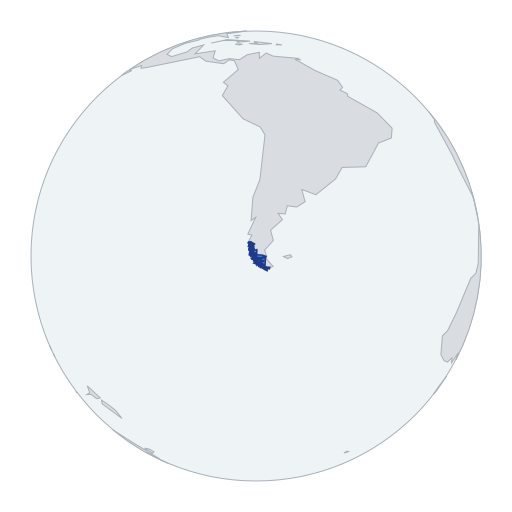 the Earth from above Magallanes y Antártica Chilena
{"feature_id": "CHL-2692", "entity_name": "Magallanes y Antártica Chilena", "entity_type": "Region", "adm_level": 1, "iso_a3": "CHL", "parent_name": "Chile", "parent_adm1": "", "projection": "orthographic", "projection_center": [-72.604, -52.278], "detail": "fine", "context": "on_globe", "style": "filled", "palette": "blue", "viewbox_px": 512, "rotation_deg": 0, "n_neighbors": 0, "source": "natural_earth", "source_scale": "10m", "svg_char_len": 9184}
<svg xmlns="http://www.w3.org/2000/svg" viewBox="0 0 512 512"><circle cx="256" cy="256" r="225" fill="#eef3f6" stroke="#a8b0b8"/><path d="M49.4,345.3L49.8,346.0L49.9,346.3L49.4,345.3ZM128.0,70.6L131.9,70.6L125.6,73.6L121.4,75.5L124.7,73.0L124.2,73.3L128.0,70.6ZM246.7,30.9L245.6,31.0L245.3,31.0L246.7,30.9ZM245.2,31.0L246.0,31.1L226.8,33.8L228.4,37.6L218.4,35.7L209.7,37.0L199.1,39.4L199.1,39.9L185.1,43.4L172.2,48.9L167.1,54.4L171.7,56.6L187.3,51.8L192.1,48.1L203.7,44.9L195.1,53.8L215.3,50.8L213.0,57.9L218.9,60.9L229.1,58.6L239.6,59.6L247.1,54.8L259.3,52.3L259.5,58.3L266.2,53.0L273.0,56.1L297.2,58.3L295.4,59.5L315.7,70.8L337.6,80.3L342.6,87.4L340.0,90.1L347.6,93.8L347.7,96.3L377.3,113.0L392.1,128.2L391.4,137.9L378.5,143.1L365.7,166.8L342.2,167.4L335.5,179.0L315.9,194.7L301.8,189.5L305.1,201.7L296.7,207.0L287.3,205.8L285.1,214.0L278.1,213.3L282.4,219.7L270.6,230.2L273.3,240.5L264.6,250.1L266.7,256.6L263.6,256.2L260.2,258.5L259.7,262.2L250.4,256.0L248.2,242.0L251.9,235.1L247.8,234.1L255.7,217.3L251.1,220.6L252.9,197.3L259.9,179.5L265.0,135.0L260.3,127.1L243.1,118.8L222.3,95.6L227.9,85.8L223.4,82.3L238.3,69.5L234.3,60.6L229.1,59.9L223.8,63.7L205.9,61.2L199.7,56.7L146.2,67.6L141.0,68.3L141.6,65.5L129.4,69.7L144.3,60.3L160.0,52.2L176.3,45.3L193.0,39.7L210.2,35.4L227.6,32.5L245.2,31.0ZM227.1,39.6L250.2,41.1L237.0,42.3L239.5,41.4L233.7,40.5L222.8,40.6L211.2,43.1L227.1,39.6ZM237.7,35.6L233.7,35.8L237.6,35.4L237.7,35.6ZM265.9,269.4L251.1,258.3L259.5,263.1L265.5,257.7L273.1,266.4L265.9,269.4ZM283.5,256.5L290.4,254.7L291.9,256.8L287.5,258.6L283.5,256.5ZM456.0,359.8L458.3,352.8L451.5,362.8L451.9,357.9L447.5,362.1L444.1,360.7L440.9,354.5L442.4,335.9L447.7,330.5L456.4,312.7L470.7,278.4L475.9,273.3L478.2,263.7L478.7,232.0L479.0,225.1L477.8,217.1L476.1,210.3L474.1,200.9L472.6,196.0L459.0,169.4L451.4,153.5L434.4,122.1L434.5,119.6L428.5,111.3L438.9,124.5L448.1,138.2L456.2,152.7L463.2,167.6L469.2,183.1L473.9,198.9L477.5,215.1L479.9,231.5L481.1,248.0L481.1,264.5L479.9,281.0L477.4,297.4L473.8,313.5L469.0,329.4L463.0,344.8L456.0,359.8ZM297.9,58.4L300.9,60.0L297.0,59.4L297.9,58.4ZM235.1,44.1L240.0,43.9L242.6,44.4L238.8,44.9L235.1,44.1ZM276.5,44.0L282.1,44.9L276.2,44.8L276.5,44.0ZM253.8,41.5L272.0,43.6L260.5,44.5L249.1,43.6L257.0,43.1L253.8,41.5ZM235.3,37.5L238.3,37.4L237.4,38.1L235.3,37.5ZM240.6,35.4L239.4,35.5L237.9,35.3L240.6,35.4ZM348.6,451.7L343.9,453.0L346.9,451.1L348.6,451.7ZM435.7,391.9L433.4,394.2L438.5,386.7L443.9,379.8L446.6,376.1L435.7,391.9ZM102.2,403.9L101.5,400.1L108.0,404.4L116.1,410.9L122.0,418.5L102.2,403.9ZM154.0,451.8L152.4,453.3L144.5,448.1L149.3,449.1L154.0,451.8ZM96.7,398.7L90.9,394.3L86.8,394.6L89.7,392.7L87.3,385.9L100.2,397.9L96.7,398.7ZM112.8,429.9L134.9,443.9L146.1,450.5L147.4,452.0L152.3,454.4L158.7,458.3L160.8,460.1L165.6,462.3L162.3,460.9L144.9,452.0L128.4,441.6L112.8,429.9ZM164.1,461.7L167.6,463.2L168.2,463.5L164.1,461.7ZM76.3,391.9L75.8,391.2L77.3,393.2L76.3,391.9ZM53.6,354.6L53.4,353.6L54.9,356.9L53.6,354.6ZM49.9,346.3L51.7,350.5L49.4,345.3L49.9,346.3Z" fill="#d9dde1" stroke="#a8b0b8" stroke-width="1"/><path d="M254.5,244.1L253.5,245.2L253.7,247.6L254.7,250.1L256.8,249.6L256.9,251.9L256.4,253.1L257.5,254.8L262.4,255.1L266.0,256.4L266.0,256.6L264.1,255.9L263.0,257.1L260.1,257.8L259.8,261.9L259.1,262.3L256.4,260.4L257.8,259.7L257.9,260.6L257.4,261.0L257.8,260.9L258.0,260.7L258.0,259.7L259.5,258.6L258.9,257.8L257.4,259.3L256.8,259.0L256.1,259.1L257.0,259.6L255.9,260.1L256.6,261.0L254.6,259.8L254.4,259.5L255.7,260.0L255.1,258.2L255.6,257.9L255.8,257.7L255.7,258.3L256.4,258.3L257.1,257.5L258.7,257.5L255.4,256.9L255.1,257.7L255.8,257.5L255.0,258.2L255.1,259.1L254.6,259.3L254.0,258.8L254.6,258.4L253.7,258.1L254.5,258.0L255.3,256.9L254.6,256.6L254.4,257.6L254.1,257.1L254.1,257.4L253.4,257.7L253.9,256.8L253.3,255.0L254.3,255.8L255.0,255.2L254.9,255.8L255.4,255.9L255.5,254.7L256.2,255.8L255.2,256.7L256.2,256.7L256.3,255.7L255.8,254.8L256.3,254.1L255.8,253.3L254.8,252.6L254.4,252.9L256.1,254.0L254.4,253.4L255.1,254.1L254.5,254.4L255.2,254.4L254.5,255.3L254.2,253.8L254.1,253.6L254.3,255.6L253.7,255.1L253.5,254.2L254.1,255.0L253.6,253.9L253.9,253.7L253.3,254.0L252.7,252.6L253.5,253.5L253.3,251.5L252.2,251.8L252.4,250.8L251.9,250.8L253.0,250.8L253.1,249.7L253.8,249.7L253.2,249.3L253.6,248.7L252.4,250.3L251.8,249.0L252.8,249.2L252.5,248.5L250.7,247.8L251.6,247.4L252.0,248.1L252.9,248.2L251.6,247.1L252.8,247.4L252.7,246.5L251.6,246.6L252.3,246.0L251.6,245.7L253.2,246.0L252.1,244.8L252.2,244.2L252.5,244.4L252.8,244.5L252.3,243.5L252.8,243.3L252.3,243.2L251.9,245.2L251.3,244.7L251.4,242.1L254.5,244.1ZM265.0,266.2L264.0,266.7L262.0,265.5L261.9,266.2L261.2,266.1L261.4,265.6L260.2,266.1L260.9,265.3L259.6,265.9L259.8,265.2L259.0,265.5L259.1,264.9L258.5,265.5L257.4,264.8L258.8,264.3L259.5,264.8L260.1,264.1L260.6,264.2L260.3,264.5L260.2,265.2L260.6,264.4L261.6,265.0L259.9,263.3L261.6,264.5L261.9,263.9L262.4,265.1L262.3,264.0L263.7,264.7L263.3,265.4L263.3,265.6L264.2,264.8L262.0,263.3L261.6,262.2L263.6,261.1L263.6,260.4L261.6,260.8L261.0,260.1L261.2,259.0L262.0,258.6L261.2,258.0L262.4,258.4L263.6,256.9L264.3,257.8L265.5,257.7L265.0,266.2ZM249.9,246.7L248.7,244.5L249.5,245.2L249.0,244.3L250.1,244.6L250.3,243.0L249.6,242.5L251.0,242.0L251.3,246.9L250.2,246.8L250.6,246.5L250.2,245.6L250.6,245.7L250.2,245.3L250.8,244.6L249.9,245.1L249.9,246.7ZM266.2,269.5L264.3,268.9L264.5,267.7L264.1,267.9L263.8,267.5L263.8,267.9L263.6,267.4L263.1,267.5L263.7,268.9L262.3,268.0L263.0,267.5L261.8,267.4L262.8,267.4L262.9,267.0L265.4,266.7L265.6,267.2L265.0,267.5L264.0,267.1L265.8,268.0L265.2,268.2L264.8,268.0L264.6,268.0L265.9,268.6L266.2,269.5ZM256.2,263.1L255.1,263.1L255.9,262.2L255.5,262.1L254.4,262.7L254.5,261.7L253.6,261.3L255.2,261.5L254.1,260.7L255.0,260.4L255.3,261.5L255.4,260.6L255.8,261.5L256.3,261.1L257.1,262.0L256.2,263.1ZM266.6,268.0L266.9,268.0L266.0,267.9L265.6,266.7L268.5,267.5L267.9,268.3L266.6,268.0ZM261.0,261.3L261.2,263.0L260.5,262.6L260.7,263.7L260.1,263.3L260.0,262.2L260.6,262.3L260.4,261.7L261.0,261.3ZM254.6,260.1L253.7,260.1L253.0,259.1L252.0,259.3L250.9,258.0L253.6,259.1L254.6,260.1ZM258.2,263.7L258.9,262.7L259.7,263.9L259.2,264.3L258.7,263.2L258.2,263.7ZM257.8,264.1L256.8,262.5L258.2,262.5L257.9,263.4L257.5,262.8L257.8,264.1ZM250.5,247.6L248.9,248.6L249.7,247.7L248.9,247.3L250.5,247.6ZM250.9,250.0L251.6,251.4L251.4,251.0L250.8,251.5L250.2,250.9L251.0,250.8L250.9,250.0ZM253.1,257.7L253.0,257.1L252.2,257.3L253.3,256.5L253.1,257.7ZM261.2,267.1L260.6,267.6L259.6,266.6L261.1,266.4L260.2,266.8L261.2,267.1ZM252.1,250.2L251.1,249.6L251.5,249.2L250.8,249.0L251.5,248.9L251.9,249.7L251.5,249.7L252.1,250.2ZM262.4,267.0L262.5,266.3L263.8,266.7L262.4,267.0ZM249.5,246.8L248.3,246.5L248.6,245.5L249.0,245.6L249.5,246.8ZM251.2,252.0L250.6,252.8L250.1,252.9L250.6,251.9L251.2,252.0ZM250.5,255.0L250.0,254.9L250.6,254.4L250.3,253.6L250.5,253.5L250.8,254.1L250.5,255.0ZM249.7,249.1L249.2,249.4L249.3,250.2L248.9,250.2L248.8,249.1L249.7,249.1ZM249.3,243.3L248.9,243.1L248.5,243.4L248.1,242.9L248.8,242.6L249.3,243.3ZM252.4,256.5L252.3,255.7L251.6,255.5L251.9,255.3L252.8,256.2L252.4,256.5ZM250.1,243.5L250.0,244.3L249.2,243.8L249.5,243.3L250.1,243.5ZM250.1,252.4L249.8,253.3L249.4,253.6L249.6,252.3L250.1,252.4ZM251.3,255.9L250.7,256.4L250.4,255.8L251.3,255.9ZM249.0,243.8L248.2,244.1L249.0,243.2L249.0,243.8ZM253.3,255.7L252.4,255.0L252.4,254.7L253.1,255.2L253.3,255.7ZM252.4,253.1L252.6,254.2L252.0,253.8L252.4,253.1ZM250.6,250.6L250.5,249.7L250.9,250.4L250.6,250.6ZM252.1,254.8L251.4,253.8L252.4,254.5L252.1,254.8ZM259.7,266.5L258.8,266.5L258.6,266.2L259.3,266.1L259.7,266.5ZM253.1,255.9L253.0,256.4L252.4,255.6L253.1,255.9ZM254.2,260.5L254.0,261.1L253.2,260.6L253.7,260.8L254.2,260.5ZM250.9,254.9L250.5,255.4L251.2,254.3L250.9,254.9ZM252.7,254.3L253.3,254.3L253.3,254.9L252.7,254.3ZM267.7,269.4L267.4,270.1L267.1,269.9L267.7,269.4ZM250.1,248.3L250.1,248.8L249.6,249.0L249.7,248.7L250.1,248.3ZM256.2,263.7L256.9,263.4L256.7,263.8L256.2,263.7ZM249.6,242.7L249.2,243.2L249.0,242.4L249.6,242.7ZM267.1,270.2L267.0,270.7L266.3,270.3L267.1,270.2ZM252.1,251.7L251.9,252.0L251.7,250.7L252.1,251.7ZM268.6,268.1L268.7,268.5L268.4,268.3L268.6,268.1ZM251.3,251.1L251.5,251.8L251.1,251.4L251.3,251.1ZM260.8,263.5L261.3,263.6L261.5,263.8L260.8,263.5ZM251.7,245.3L251.2,245.1L251.3,244.9L251.7,245.3ZM249.6,241.8L249.5,242.5L249.2,242.4L249.6,241.8ZM253.6,258.2L254.1,258.7L253.1,258.5L253.6,258.2ZM250.2,254.4L249.9,254.1L250.2,253.9L250.2,254.4ZM250.7,249.0L250.7,248.6L251.1,248.6L250.7,249.0ZM252.3,252.5L252.0,252.6L251.9,252.2L252.3,252.5ZM254.3,262.9L254.7,263.3L254.0,263.1L254.3,262.9ZM269.6,267.9L269.6,268.3L269.3,268.3L269.6,267.9ZM251.3,254.7L251.4,255.0L250.9,255.3L251.3,254.7ZM260.9,266.2L260.6,266.4L260.2,266.3L260.5,266.1L260.9,266.2ZM260.8,263.2L261.3,263.1L261.3,263.3L260.8,263.2ZM250.1,249.7L249.8,250.2L249.8,249.7L250.1,249.7ZM268.6,267.2L269.0,267.7L268.5,267.2L268.6,267.2ZM252.9,252.0L253.1,252.5L252.8,252.2L252.9,252.0ZM256.4,264.0L256.3,264.5L256.1,264.1L256.4,264.0ZM249.8,242.2L249.8,241.8L250.2,241.9L249.8,242.2ZM253.0,253.9L253.0,254.2L252.7,253.6L253.0,253.9ZM251.0,255.6L250.7,255.5L251.2,255.2L251.0,255.6Z" fill="#3b82f6" stroke="#1e3a8a" stroke-width="1.5"/></svg>